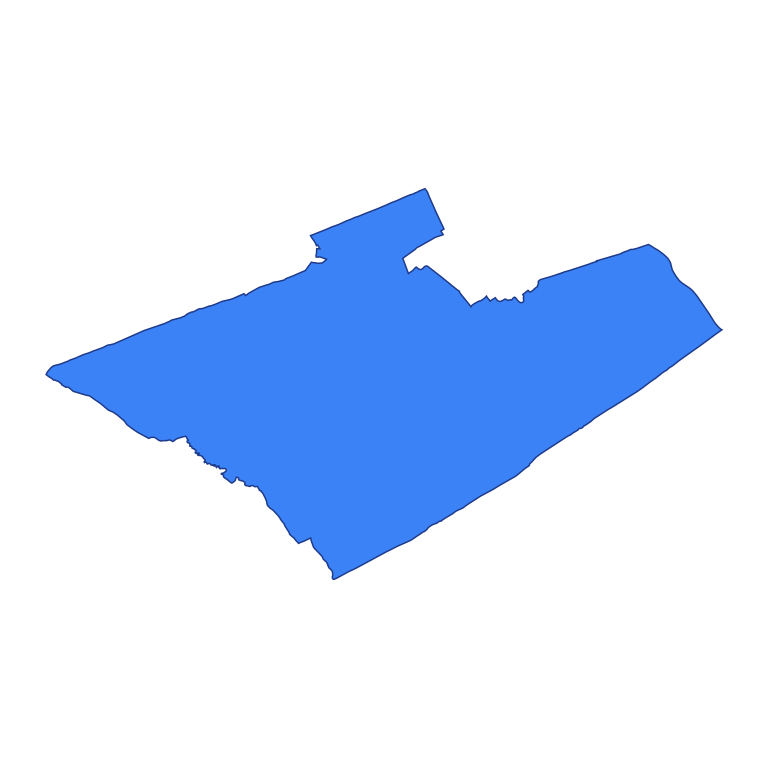 outline of Leorda, Botosani, Romania
{"feature_id": "2599482B49555817634638", "entity_name": "Leorda", "entity_type": "district", "adm_level": 2, "iso_a3": "ROU", "parent_name": "Romania", "parent_adm1": "Botosani", "projection": "mercator", "projection_center": [26.484, 47.822], "detail": "fine", "context": "isolated", "style": "filled", "palette": "blue", "viewbox_px": 768, "rotation_deg": 0, "n_neighbors": 0, "source": "geoboundaries", "source_scale": "gbopen_adm2", "svg_char_len": 6091}
<svg xmlns="http://www.w3.org/2000/svg" viewBox="0 0 768 768"><path d="M410.8,540.3L423.1,532.0L424.2,531.6L426.4,530.0L428.6,527.3L431.3,525.4L433.5,524.3L436.7,523.2L439.2,521.5L440.3,521.1L441.1,521.1L441.1,520.9L445.4,518.0L452.6,513.7L455.2,511.7L457.0,510.6L462.7,508.1L466.2,505.4L480.2,496.3L492.9,489.5L499.9,485.2L515.3,476.4L517.5,474.8L525.2,468.3L528.9,465.9L529.5,465.1L529.5,464.0L531.7,462.0L536.0,457.3L540.5,453.9L566.1,437.2L568.6,435.7L570.6,434.8L573.4,432.7L578.0,430.0L579.0,428.6L581.0,428.3L582.4,427.7L584.0,425.9L586.0,424.8L590.8,421.5L593.8,418.8L595.4,417.7L608.6,409.2L611.3,407.7L637.1,391.6L642.4,387.9L650.5,381.7L656.1,377.9L662.1,373.0L664.8,371.2L666.4,370.4L669.2,367.9L673.1,365.4L679.4,360.4L702.2,344.2L715.8,334.1L721.9,329.8L720.8,329.2L718.6,327.2L715.0,323.1L709.0,313.5L697.0,296.0L692.7,290.8L690.0,288.4L681.9,282.9L679.4,280.7L677.8,278.7L675.5,275.5L672.8,270.9L672.1,269.4L670.6,263.2L670.2,262.2L668.7,259.6L667.7,258.2L664.0,254.7L658.5,250.5L654.2,248.0L651.1,246.0L648.5,244.5L636.9,248.4L632.4,249.5L631.0,249.4L630.1,249.7L626.7,251.2L624.5,251.8L620.0,254.0L596.7,260.8L597.1,261.3L591.6,263.1L588.5,264.3L569.8,270.4L563.8,272.1L562.3,272.9L561.5,272.9L560.8,273.4L560.2,273.4L558.4,274.2L557.9,274.1L557.6,274.5L556.8,274.6L552.4,276.1L540.4,279.6L538.3,281.3L538.3,284.1L537.5,285.8L537.4,286.6L537.1,286.8L535.2,288.2L531.6,291.4L529.8,292.1L529.2,291.7L528.6,290.6L528.0,290.4L522.8,294.5L523.7,296.1L523.4,297.9L523.7,301.3L523.5,301.7L522.3,302.5L520.8,302.7L519.5,302.1L517.7,300.5L515.5,297.7L514.4,297.2L513.2,298.0L511.7,299.9L509.4,299.9L507.9,300.5L506.3,299.4L504.9,299.1L504.2,299.4L503.0,300.4L502.1,300.6L501.0,301.3L499.9,301.4L498.4,301.1L497.8,300.8L496.4,299.3L495.3,297.7L490.0,301.1L489.3,299.9L487.3,297.7L486.5,296.1L484.3,298.4L480.9,300.7L478.8,301.2L473.9,303.9L472.1,305.2L471.1,306.8L459.8,292.8L459.4,291.3L456.9,289.6L441.4,277.0L427.8,266.4L427.1,266.0L425.6,266.0L423.9,267.2L422.5,268.8L421.2,269.4L420.4,269.5L418.4,269.0L416.6,267.2L416.1,267.1L415.8,267.3L412.6,270.6L408.4,273.5L402.8,258.4L405.1,256.6L414.9,249.6L416.8,247.7L421.2,245.4L435.4,237.3L443.2,234.7L440.9,231.0L444.0,229.0L435.9,211.8L429.1,196.4L427.7,192.7L426.7,190.9L425.0,188.7L418.7,191.2L418.4,191.6L414.3,193.3L413.5,193.9L410.2,194.8L404.1,197.3L396.2,200.9L390.9,202.9L384.7,205.7L376.6,209.1L364.7,213.7L358.8,216.2L354.7,217.5L351.3,219.1L346.7,220.8L337.9,224.8L331.9,226.9L326.7,229.2L310.5,235.6L311.8,237.8L314.7,241.8L315.8,243.9L316.4,245.6L317.2,245.0L317.7,245.1L319.9,248.8L316.7,248.7L316.5,253.3L316.0,255.5L316.1,256.9L316.6,257.1L319.5,257.0L320.8,257.2L326.5,259.2L324.8,261.0L322.1,263.0L317.3,263.3L315.7,262.8L313.5,262.7L311.4,262.2L305.5,270.3L305.1,270.6L293.0,275.9L286.5,278.4L285.5,278.9L284.5,279.9L278.4,281.5L273.6,282.2L268.6,284.5L267.7,284.6L259.2,287.4L248.6,293.3L245.7,295.6L244.0,293.7L233.1,298.5L229.8,299.6L222.3,301.3L215.2,304.3L211.9,305.5L209.2,306.3L209.1,306.1L204.0,308.0L202.0,308.6L198.9,308.9L193.3,311.8L191.0,312.2L188.0,313.6L186.5,314.5L184.5,316.2L182.4,316.9L181.1,317.6L171.6,320.1L169.4,321.4L164.7,323.5L144.2,330.5L113.3,344.1L112.2,344.2L110.0,344.9L108.6,344.9L106.1,345.8L105.6,346.2L102.3,347.8L93.6,350.9L89.1,352.8L83.2,354.7L75.3,358.2L69.4,360.3L68.7,360.9L59.9,364.2L53.8,365.7L52.4,366.6L50.9,367.8L49.0,370.0L47.3,372.0L46.1,374.6L49.0,376.8L51.1,378.0L53.0,379.5L53.4,380.1L54.7,379.9L56.6,380.9L57.9,381.1L61.6,383.9L61.6,384.7L65.7,387.2L67.9,387.1L70.0,388.5L73.2,391.3L86.1,395.2L89.5,395.8L94.9,399.7L100.5,403.5L108.2,410.0L113.2,412.2L117.1,414.8L124.1,420.8L127.0,424.7L132.1,428.6L137.9,432.5L148.8,438.4L151.2,437.3L154.2,437.4L154.8,437.5L158.5,440.1L160.5,441.0L163.7,440.6L166.5,440.7L168.0,440.2L169.4,440.0L170.6,440.2L172.7,441.5L173.7,441.0L176.3,439.0L178.4,438.2L182.3,437.0L185.7,436.3L186.4,436.9L187.2,439.0L188.1,439.6L188.2,440.4L187.2,441.0L187.1,441.3L187.2,442.1L188.3,443.0L189.2,442.9L189.7,443.3L189.7,444.0L190.1,444.9L190.0,445.5L189.7,445.8L189.8,446.0L190.0,446.2L191.2,446.3L191.7,446.6L192.0,448.0L193.2,448.7L194.2,448.7L194.4,448.9L194.3,449.2L194.5,449.5L195.8,450.3L196.1,450.8L196.2,451.6L195.4,452.0L195.2,452.4L195.3,452.9L197.4,453.8L198.0,452.9L198.8,453.0L199.2,453.7L197.8,455.0L198.1,455.3L200.9,455.6L201.6,455.9L202.1,456.7L202.9,457.1L203.5,458.4L204.7,459.3L205.2,460.2L204.8,460.9L204.2,461.7L204.3,462.4L204.6,462.6L205.4,462.1L206.3,462.3L206.8,462.9L206.9,463.7L207.4,464.0L208.0,463.9L208.7,463.4L209.5,463.3L211.0,464.9L212.8,465.4L213.1,464.8L213.5,465.0L213.8,465.8L214.4,466.1L214.6,465.6L214.4,465.0L214.6,464.8L215.3,465.1L215.9,465.9L216.2,467.2L216.5,467.5L217.7,466.2L218.4,466.0L219.1,466.2L219.2,466.9L218.7,467.1L219.8,468.7L220.4,468.8L221.6,468.4L222.9,468.6L225.1,468.5L225.9,469.2L226.3,470.2L226.1,471.0L223.9,472.8L221.6,473.4L221.3,473.6L221.3,474.1L223.5,474.9L223.4,475.8L223.6,476.9L225.4,478.5L226.6,479.0L227.5,479.7L228.0,480.3L231.4,483.0L232.2,483.0L234.9,480.9L235.4,480.0L236.1,477.8L236.7,477.2L237.3,477.2L238.1,477.6L238.7,478.2L238.5,479.1L238.9,479.9L239.8,480.3L243.2,481.2L244.3,482.0L245.0,482.8L244.9,483.7L244.7,484.4L244.9,484.8L246.2,485.8L247.4,485.7L249.7,486.5L251.2,485.8L252.5,485.5L253.1,485.6L254.6,486.7L257.5,486.5L259.0,489.2L259.2,490.0L260.2,490.7L260.8,490.6L261.0,490.8L261.2,491.6L262.5,492.9L263.0,493.6L265.4,498.4L266.6,501.4L266.8,503.0L267.1,504.3L267.5,505.4L268.8,506.9L270.3,508.3L272.7,509.9L273.6,510.8L277.9,515.4L279.8,517.9L280.6,519.5L283.9,523.6L284.5,524.7L285.0,526.1L288.6,531.6L289.5,533.5L289.6,534.3L292.4,536.8L293.8,537.8L295.1,539.6L298.6,543.4L300.1,542.6L303.7,541.3L310.6,538.0L311.1,540.5L313.5,547.1L314.2,548.1L321.8,556.1L322.5,557.2L323.0,558.5L323.5,559.5L326.4,562.0L327.8,564.7L328.1,565.4L327.9,565.6L328.3,566.0L328.6,567.2L329.0,567.9L331.1,569.8L332.0,571.0L332.4,572.0L332.6,573.0L332.7,575.4L332.4,576.8L332.3,577.8L332.6,578.5L332.9,579.0L333.4,579.3L334.7,579.1L337.8,577.6L347.6,572.2L356.4,568.0L386.0,552.0L397.3,546.3L410.8,540.3Z" fill="#3b82f6" stroke="#1e3a8a" stroke-width="1.5"/></svg>